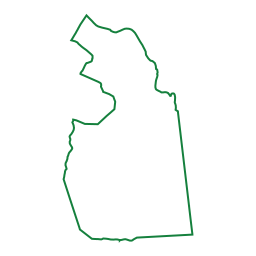 outline of Vanard, Anse-la-Raye, Saint Lucia
{"feature_id": "8701671B51566327672106", "entity_name": "Vanard", "entity_type": "district", "adm_level": 2, "iso_a3": "LCA", "parent_name": "Saint Lucia", "parent_adm1": "Anse-la-Raye", "projection": "mercator", "projection_center": [-60.995, 13.938], "detail": "fine", "context": "isolated", "style": "outline", "palette": "green", "viewbox_px": 256, "rotation_deg": 0, "n_neighbors": 0, "source": "geoboundaries", "source_scale": "gbopen_adm2", "svg_char_len": 3973}
<svg xmlns="http://www.w3.org/2000/svg" viewBox="0 0 256 256"><path d="M80.5,74.0L90.5,78.4L98.4,81.9L99.1,82.3L99.7,82.6L100.5,83.1L100.8,83.5L101.1,84.1L101.1,84.5L101.2,85.1L101.2,85.4L101.1,85.7L101.0,86.1L101.0,86.4L101.0,86.6L101.0,86.8L101.2,87.1L101.3,87.4L101.5,87.8L101.6,88.1L102.0,88.8L102.1,89.1L102.5,90.0L102.7,90.4L102.8,90.5L102.9,90.8L103.2,91.9L104.4,92.3L106.5,93.1L109.2,94.1L110.2,94.7L113.3,96.5L114.4,99.6L115.0,101.1L115.2,101.8L114.4,109.2L112.0,111.3L110.3,112.8L106.7,115.9L97.8,124.2L84.8,123.9L79.1,121.5L76.7,120.5L76.5,120.4L74.5,119.9L73.3,119.6L73.2,119.6L73.3,120.0L73.4,120.4L73.2,120.7L72.9,121.4L72.7,121.7L72.5,122.1L72.4,122.5L72.5,122.6L72.6,122.8L72.8,123.4L73.0,123.7L73.4,124.9L73.6,125.3L73.8,126.9L73.9,127.3L74.0,127.9L73.8,128.9L73.7,129.8L73.0,131.3L72.8,131.8L72.6,132.1L72.2,132.7L71.6,133.7L70.8,134.7L70.2,135.3L69.8,136.0L69.6,136.4L69.8,137.6L70.3,138.9L70.3,139.1L70.3,139.7L70.2,140.5L69.7,141.7L69.7,142.1L69.8,143.0L69.8,143.5L70.3,144.5L71.3,146.2L71.8,147.0L72.1,147.4L72.1,148.2L72.2,148.7L72.0,149.0L71.5,149.8L70.7,150.9L69.3,152.5L68.8,153.4L68.1,155.8L67.9,156.1L67.5,157.0L67.5,157.9L67.3,159.2L66.8,160.5L66.7,161.0L66.3,161.7L65.6,163.2L65.5,165.2L66.1,167.0L66.3,167.7L66.4,168.1L66.6,168.9L66.3,169.2L65.5,170.1L65.0,171.5L64.9,172.7L64.8,173.3L64.6,174.1L64.4,175.2L64.2,176.8L64.1,177.2L63.8,178.5L63.6,179.1L63.7,179.5L70.0,199.0L79.4,227.7L79.8,229.0L79.9,229.5L91.9,238.8L95.1,239.0L98.2,239.1L101.2,239.4L102.4,239.0L103.2,238.5L106.1,238.7L108.3,239.0L110.7,239.5L113.5,239.6L115.8,239.4L117.5,239.5L119.5,240.0L119.8,240.0L119.8,240.4L120.0,240.2L122.1,239.8L123.2,239.5L124.3,239.3L125.3,239.2L126.6,239.5L129.9,240.6L131.4,240.6L131.7,240.6L132.6,240.2L133.4,239.5L135.2,238.5L136.9,237.6L192.4,234.6L192.3,233.4L192.3,233.2L192.2,232.7L190.2,216.0L189.1,206.6L189.1,206.0L189.0,205.9L189.0,205.7L183.4,158.2L178.1,113.4L177.9,111.3L177.3,110.9L176.7,110.6L176.3,110.3L175.6,109.8L175.7,109.1L175.9,107.8L175.8,106.9L175.8,105.8L175.4,104.2L175.2,103.6L174.8,102.7L174.8,102.3L174.8,101.7L174.9,101.4L174.9,101.1L175.0,100.5L175.0,99.8L175.1,98.0L175.1,97.1L174.7,94.9L174.6,94.6L174.0,93.7L173.1,93.4L172.5,93.5L172.2,93.5L171.5,93.8L171.0,95.0L170.7,95.7L170.7,95.8L170.2,95.9L169.9,95.4L169.8,95.2L169.2,94.5L169.1,94.3L169.0,94.2L168.3,93.4L168.2,93.1L167.5,92.8L167.0,92.5L165.8,92.2L164.4,92.2L163.2,92.4L162.1,92.4L161.7,92.4L161.4,92.4L160.4,91.7L158.5,90.8L157.4,90.2L156.5,89.7L156.3,89.5L155.8,88.9L155.6,88.0L155.4,87.3L155.4,85.4L155.6,83.8L155.7,82.8L155.8,81.9L156.0,80.6L156.3,79.5L156.6,78.6L156.9,77.7L157.2,76.9L157.3,76.2L157.5,75.4L157.5,75.0L157.4,74.3L157.1,74.0L157.6,72.5L157.6,72.2L157.2,69.8L156.8,69.4L156.7,69.2L156.1,69.0L155.9,67.5L155.9,66.9L155.9,66.7L155.8,65.9L155.2,64.0L155.0,63.6L154.8,63.0L154.5,62.8L153.4,61.8L153.1,61.6L152.5,61.1L151.3,60.8L151.0,60.8L150.1,60.3L148.7,58.8L148.3,58.4L146.8,56.1L146.1,55.0L146.1,54.9L146.0,54.7L145.8,53.1L145.7,51.7L144.5,49.2L143.6,47.5L142.4,45.1L140.0,41.4L136.5,35.3L135.0,32.9L133.5,31.3L131.6,29.7L129.5,28.9L128.2,28.7L126.4,28.6L124.7,28.8L122.5,29.7L120.2,30.8L118.1,31.6L116.1,32.4L114.3,32.2L112.7,31.7L110.9,30.8L110.3,29.8L107.6,28.9L105.0,28.3L102.0,27.6L98.3,26.5L96.2,25.3L93.7,22.9L92.0,21.0L88.7,17.7L86.5,15.4L80.5,24.3L80.4,24.5L80.2,24.8L79.9,25.4L79.8,25.5L79.5,26.1L79.4,26.3L79.1,26.8L78.9,27.3L78.6,27.8L78.4,28.0L78.0,28.9L77.4,30.0L77.1,30.5L76.3,31.9L75.8,32.9L75.5,33.4L75.2,33.9L75.1,34.0L72.1,39.0L71.3,40.3L75.1,41.3L77.5,42.5L77.9,43.1L78.4,43.7L79.0,44.3L79.5,44.7L80.2,45.3L81.5,46.5L83.3,47.9L85.8,49.7L86.5,50.2L91.2,54.3L91.9,55.0L92.5,55.7L92.5,56.2L92.6,57.1L92.5,57.8L92.5,58.4L92.1,59.0L92.2,59.5L92.0,60.1L91.6,61.2L90.8,61.7L90.6,61.8L89.2,62.3L87.6,62.9L87.0,63.0L86.5,63.1L86.3,63.3L85.9,63.9L85.8,64.0L84.8,65.8L83.8,68.0L83.4,68.8L82.9,69.9L82.4,70.8L81.9,71.2L81.2,72.1L80.8,72.8L80.5,73.2L80.5,73.9L80.5,74.0Z" fill="none" stroke="#15803d" stroke-width="2"/></svg>